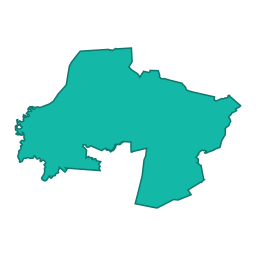 outline of Rugāju pag., Rugaju, Latvia
{"feature_id": "27541924B16016350792540", "entity_name": "Rugāju pag.", "entity_type": "district", "adm_level": 2, "iso_a3": "LVA", "parent_name": "Latvia", "parent_adm1": "Rugaju", "projection": "albers", "projection_center": [27.003, 57.014], "detail": "fine", "context": "isolated", "style": "filled", "palette": "teal", "viewbox_px": 256, "rotation_deg": 0, "n_neighbors": 0, "source": "geoboundaries", "source_scale": "gbopen_adm2", "svg_char_len": 5751}
<svg xmlns="http://www.w3.org/2000/svg" viewBox="0 0 256 256"><path d="M42.2,179.8L43.1,179.9L44.2,180.8L45.0,180.9L46.6,180.1L49.2,176.1L49.6,176.1L49.4,176.8L50.0,176.9L49.9,177.3L50.5,178.0L51.2,178.2L52.2,177.4L52.4,176.8L52.9,176.4L52.7,176.2L55.4,175.5L55.4,174.5L55.7,174.0L56.1,173.6L58.3,172.9L58.6,172.5L58.4,171.9L58.4,169.9L59.3,168.7L59.2,168.6L59.3,167.3L64.9,172.0L65.4,171.7L67.0,169.2L66.0,168.6L65.5,168.0L100.1,170.6L99.4,168.8L99.0,168.2L100.1,166.4L98.6,164.1L100.4,162.4L100.7,161.6L96.4,160.8L96.1,160.4L96.3,160.0L95.7,158.8L94.3,158.8L93.2,159.6L92.2,159.4L92.5,157.9L88.6,157.2L88.7,156.5L88.2,156.4L85.9,158.0L86.6,150.2L84.4,147.7L83.0,146.8L83.2,144.7L85.5,144.9L85.9,145.3L86.5,146.8L87.1,147.2L89.3,147.0L89.6,146.7L90.2,145.8L90.4,145.7L101.5,150.5L102.3,150.4L103.2,149.4L104.4,148.9L105.1,148.8L105.6,148.4L106.3,148.5L106.7,148.9L106.5,149.1L106.2,148.8L106.0,149.0L106.5,150.1L107.7,150.1L107.8,149.6L108.2,149.5L109.0,149.8L108.9,150.1L108.9,150.3L109.8,150.6L110.1,151.5L110.6,151.8L110.7,151.5L111.3,151.4L111.6,151.0L111.2,150.4L111.3,150.2L111.9,150.3L112.2,150.8L112.7,150.7L112.4,150.4L112.4,149.9L112.5,149.7L112.7,150.1L113.0,150.3L113.2,150.0L113.7,149.9L114.4,149.3L114.0,148.5L114.3,148.6L114.4,148.2L115.5,147.8L115.4,147.6L114.6,147.3L114.9,147.1L114.8,146.8L115.5,146.7L115.8,146.2L115.6,145.6L115.0,146.0L115.0,145.6L114.8,145.4L115.3,145.3L115.2,144.8L115.4,144.3L115.9,144.4L115.9,144.6L116.1,144.9L116.6,145.0L116.9,144.8L116.8,144.4L117.0,144.3L117.5,144.6L118.4,144.6L118.4,144.3L118.7,144.2L119.2,144.2L119.4,144.6L120.1,144.5L120.3,144.3L120.1,144.0L120.5,144.0L120.4,143.7L121.0,143.3L121.0,142.9L121.3,142.9L121.2,142.6L121.2,142.4L121.6,142.3L121.6,142.6L121.8,142.7L122.3,142.6L123.1,142.2L123.4,141.8L123.3,141.5L130.9,142.1L131.1,151.9L131.9,152.3L132.3,151.6L133.2,151.4L146.6,148.3L145.8,155.5L145.1,157.5L144.3,159.2L144.0,160.2L142.2,175.7L138.8,189.7L135.2,203.7L151.5,207.0L156.9,208.0L157.3,207.9L173.6,199.5L178.1,200.0L191.1,194.7L188.0,190.0L199.6,182.8L200.4,182.4L201.4,182.5L202.2,181.3L203.7,180.3L204.2,179.7L203.8,179.7L203.3,177.0L202.5,173.4L201.5,167.7L201.0,165.4L200.6,165.5L197.1,162.6L198.1,162.4L198.4,159.2L196.7,157.8L196.0,157.4L198.6,154.3L198.4,154.2L199.1,152.4L201.9,150.2L203.8,150.7L204.8,150.3L206.2,151.1L206.3,152.0L205.5,151.9L205.5,152.7L204.0,152.9L206.2,153.1L208.0,152.2L212.5,150.6L214.3,149.8L215.1,149.1L220.0,147.4L221.7,140.6L225.2,134.7L225.4,129.2L225.0,128.9L226.5,127.2L228.7,125.7L230.7,121.1L229.8,118.7L228.5,116.9L231.0,114.6L231.9,113.0L236.6,110.6L235.7,108.8L239.7,106.8L240.6,105.7L230.5,96.9L229.9,96.7L229.6,95.4L228.2,95.5L227.6,97.7L224.7,98.1L223.2,98.9L221.6,98.6L216.1,101.0L214.1,99.9L214.5,96.9L193.5,92.2L189.5,91.1L187.0,90.2L185.9,88.9L185.8,88.3L185.9,88.0L184.4,85.9L182.9,84.6L182.2,83.3L169.9,80.2L164.0,78.5L163.1,78.8L161.3,78.8L160.4,77.6L159.3,77.0L159.7,75.4L158.3,70.7L150.1,70.4L150.0,71.6L148.7,72.5L143.6,71.3L139.8,77.2L138.3,74.7L138.1,74.7L137.5,73.7L131.7,69.9L130.8,69.1L130.5,68.5L128.8,67.1L131.8,62.2L132.1,61.0L131.4,48.0L116.8,48.9L115.5,48.5L112.6,50.5L112.2,50.2L111.7,50.4L110.7,49.8L109.8,50.3L109.3,49.8L108.7,49.7L108.5,49.4L80.3,51.2L77.1,55.0L71.2,62.6L69.4,66.0L66.2,85.1L58.4,93.7L53.4,101.2L49.3,104.0L40.0,107.6L39.4,107.3L38.5,107.4L38.0,106.9L37.0,107.0L35.9,107.4L35.0,107.3L35.2,108.2L34.9,108.9L34.7,109.1L33.3,109.2L32.2,108.2L31.5,108.1L31.3,107.7L31.5,107.5L33.1,107.6L33.4,107.4L33.4,107.2L32.8,106.7L31.7,106.6L30.4,106.9L29.9,106.7L29.7,107.1L28.8,107.8L27.9,109.1L27.9,109.5L28.2,109.7L29.9,109.2L30.3,109.3L31.0,110.5L31.5,111.1L31.5,111.3L29.1,111.6L28.8,111.2L28.2,111.2L27.9,111.9L27.5,112.1L26.6,113.2L26.5,113.6L27.1,113.8L27.6,114.8L28.1,114.4L29.2,114.9L29.3,115.1L29.3,115.6L29.0,116.3L28.7,116.5L27.7,116.4L26.4,117.2L25.5,117.4L25.4,117.0L26.1,116.2L25.9,115.5L24.5,115.5L23.8,114.7L23.6,114.7L23.1,117.1L23.2,117.3L23.9,117.2L24.2,117.4L23.2,119.7L23.7,120.5L23.8,120.8L23.3,121.3L22.3,121.6L21.0,121.8L20.4,121.4L20.0,120.9L19.7,120.9L19.4,121.4L18.9,122.0L18.1,122.0L17.8,121.9L17.6,121.3L17.7,120.7L17.9,120.1L17.8,119.7L17.1,119.7L16.8,120.0L16.9,121.0L17.1,121.5L17.4,124.0L17.8,125.2L18.6,125.3L19.4,124.9L20.0,124.3L20.2,124.2L20.7,124.8L20.5,125.5L20.5,126.0L21.9,126.8L22.1,127.3L21.8,127.8L20.8,128.6L19.1,129.1L18.1,129.0L16.9,128.1L16.9,127.5L17.2,126.7L17.2,126.1L17.0,125.7L16.7,125.5L15.8,125.8L15.4,126.7L15.4,127.1L15.6,128.3L15.5,129.4L15.6,130.0L15.9,130.3L16.8,130.5L17.9,132.0L17.8,132.5L16.3,133.3L16.1,133.6L16.0,134.0L17.7,134.9L18.2,134.9L19.0,134.3L18.9,133.6L19.1,133.3L19.8,133.8L20.0,134.8L20.1,135.0L21.9,135.2L22.5,134.9L22.7,134.3L23.2,133.7L22.4,132.7L22.2,132.2L22.6,132.1L23.2,132.4L24.0,134.1L24.0,136.0L23.9,137.6L24.2,138.0L24.1,138.6L24.6,139.4L24.7,140.4L24.6,140.6L23.7,140.8L22.8,140.4L21.8,140.4L20.2,142.1L20.2,142.5L20.7,143.1L21.4,143.4L21.8,143.8L22.3,144.8L21.8,145.3L21.0,145.6L20.6,145.9L20.6,146.6L21.2,148.3L20.9,149.0L20.1,149.9L19.6,150.2L18.8,150.9L18.7,151.6L18.9,152.8L18.8,153.3L18.3,154.3L18.1,155.4L17.8,156.2L17.8,156.4L18.1,157.2L18.4,158.3L19.2,159.5L19.6,160.5L19.6,161.1L19.4,161.8L19.7,162.1L20.6,162.1L22.2,161.3L22.6,160.8L23.1,159.2L23.4,158.8L23.9,158.5L27.1,157.9L28.2,157.5L29.9,158.3L33.0,158.2L33.6,157.6L33.9,156.0L34.3,155.7L35.1,156.3L35.7,157.3L37.1,159.0L37.8,159.0L39.2,158.2L39.9,158.4L40.4,159.2L40.1,160.8L40.2,161.3L40.5,161.5L41.2,161.5L42.3,160.4L42.7,160.2L43.6,160.3L44.5,160.9L45.5,162.3L45.7,163.1L45.3,163.7L44.3,164.2L44.1,164.5L44.1,164.9L44.9,166.1L45.5,166.6L45.6,167.0L45.4,167.4L44.5,168.2L44.4,168.6L44.7,170.7L44.4,172.6L44.3,173.4L44.2,174.1L43.4,175.0L41.7,177.8L41.6,178.2L42.2,179.1L42.2,179.8Z" fill="#14b8a6" stroke="#0f766e" stroke-width="1.5"/></svg>